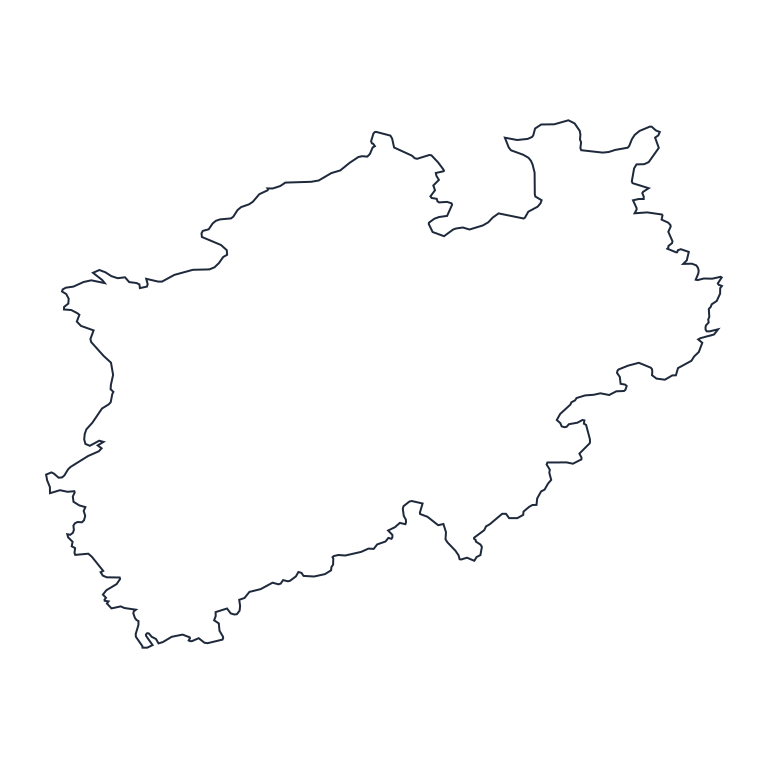 an SVG outline of Nordrhein-Westfalen
{"feature_id": "DEU-1572", "entity_name": "Nordrhein-Westfalen", "entity_type": "State", "adm_level": 1, "iso_a3": "DEU", "parent_name": "Germany", "parent_adm1": "", "projection": "natural_earth1", "projection_center": [7.941, 51.424], "detail": "fine", "context": "isolated", "style": "outline", "palette": "slate", "viewbox_px": 768, "rotation_deg": 0, "n_neighbors": 0, "source": "natural_earth", "source_scale": "10m", "svg_char_len": 6058}
<svg xmlns="http://www.w3.org/2000/svg" viewBox="0 0 768 768"><path d="M220.0,219.4L231.0,218.4L233.3,216.7L237.5,210.1L241.1,207.1L249.1,204.3L252.9,201.7L259.3,194.2L267.6,190.3L268.1,189.1L267.6,188.4L272.6,188.5L280.3,186.0L285.3,182.6L311.0,181.8L318.7,180.5L331.3,173.1L340.3,170.4L349.8,162.7L358.4,157.0L362.1,156.2L367.3,156.6L369.9,154.0L372.7,147.4L374.9,146.2L373.3,143.9L371.9,143.3L371.1,141.2L373.4,133.6L374.7,132.1L376.2,131.9L390.4,135.6L392.1,138.5L394.1,147.5L412.0,155.7L414.7,158.2L417.1,158.8L429.3,155.0L431.4,155.3L438.1,162.4L443.4,169.5L444.0,170.8L443.3,171.3L435.8,173.0L436.4,175.8L438.9,179.9L433.3,185.5L435.0,190.3L430.4,196.4L431.7,198.0L436.7,198.8L437.5,201.4L439.1,202.4L447.1,201.9L451.5,203.3L452.1,204.7L447.1,215.9L439.1,217.0L434.4,218.7L429.0,222.6L428.7,223.9L432.6,232.0L444.0,236.2L453.2,229.5L456.0,228.5L462.8,227.5L469.5,229.5L482.7,225.5L488.3,222.3L492.7,217.6L498.6,213.4L523.6,218.5L524.9,217.7L528.3,211.7L537.6,206.7L540.5,203.3L541.6,200.2L535.3,196.5L534.8,194.2L534.6,172.7L532.6,164.6L531.0,160.9L528.5,157.8L523.1,154.7L511.0,150.3L508.7,147.4L504.9,137.7L517.1,140.0L527.7,138.9L532.2,136.9L533.3,135.2L535.1,128.5L541.2,124.5L554.2,124.3L568.4,120.3L574.6,123.4L579.7,130.8L580.4,134.5L580.0,139.7L581.1,142.2L580.4,148.1L581.2,150.2L602.7,152.6L608.7,152.0L615.3,149.9L627.7,147.7L629.2,146.0L631.9,139.2L634.7,134.9L639.6,130.9L649.9,126.6L651.7,126.7L655.8,130.4L659.8,132.0L658.3,135.4L655.1,137.6L658.8,147.9L648.7,162.1L644.2,164.2L636.5,164.4L634.1,168.4L631.8,181.4L632.6,183.2L648.7,188.2L643.0,191.9L642.3,193.1L643.7,196.5L643.7,199.0L638.8,199.0L633.0,200.3L636.6,208.1L636.6,209.6L634.6,213.3L647.2,212.4L661.9,214.5L662.5,215.3L661.6,219.6L668.3,222.7L670.4,225.0L670.7,226.5L668.3,231.8L672.5,241.3L672.0,243.2L668.5,245.9L668.3,247.7L667.3,248.7L676.3,252.4L677.2,252.2L677.9,250.2L680.8,249.2L688.8,251.9L686.8,260.3L683.2,263.9L691.9,263.7L696.3,265.4L698.0,267.9L698.7,270.8L698.3,273.5L695.7,279.7L697.6,280.1L703.8,278.5L712.2,278.7L720.6,276.8L721.7,277.5L717.8,283.4L718.6,284.7L721.9,286.0L720.2,288.1L720.1,293.7L716.7,301.0L711.7,304.3L710.7,306.9L708.8,309.0L709.3,316.9L708.2,319.6L708.7,322.4L705.9,325.5L705.5,327.6L705.6,329.7L706.7,331.3L709.5,331.4L718.1,329.3L714.0,334.5L700.6,338.1L698.2,339.4L702.3,342.8L698.8,352.0L694.2,356.4L691.4,360.8L678.0,368.1L675.9,375.3L672.3,375.4L664.9,379.7L656.5,378.6L652.0,375.2L652.3,371.3L651.9,369.0L650.8,367.7L638.9,362.8L628.2,365.6L618.5,369.5L617.5,370.7L617.0,372.9L619.8,376.9L620.6,383.8L625.1,384.6L626.7,386.0L625.4,389.8L624.0,391.0L616.3,391.3L609.2,395.0L600.4,393.3L593.6,394.8L585.2,395.4L576.6,398.0L575.0,400.4L571.4,402.3L570.4,404.6L560.2,413.9L556.8,420.0L560.3,423.1L561.7,426.4L564.6,427.2L566.6,426.8L568.9,424.2L577.4,422.7L582.4,420.0L584.4,420.4L583.9,423.7L586.1,424.9L589.9,439.2L590.0,442.2L589.6,443.4L579.4,453.6L581.5,457.6L581.4,459.4L572.9,463.7L566.6,462.4L547.4,462.5L546.6,464.5L549.8,469.7L549.3,472.8L551.2,479.9L548.0,483.6L544.6,489.6L541.1,491.4L537.2,498.4L536.5,504.9L532.4,505.0L529.2,506.8L523.5,511.6L523.2,514.9L517.4,518.1L509.1,518.1L506.0,513.8L502.2,513.8L489.7,524.3L486.0,526.4L484.2,530.2L474.1,537.7L474.1,538.8L475.7,540.0L475.9,541.6L480.5,544.6L481.9,546.9L480.4,555.1L476.6,557.0L474.3,560.8L467.0,557.7L461.1,559.5L459.6,559.2L458.5,555.2L455.4,550.7L447.4,542.3L445.5,539.3L446.0,532.2L443.4,524.0L438.2,525.2L427.5,516.8L420.1,514.0L419.9,512.5L422.6,503.5L411.7,501.0L409.3,501.6L403.5,506.2L402.8,508.9L403.8,516.0L405.9,519.7L406.0,522.4L405.4,524.2L399.8,522.9L395.1,527.1L388.1,530.5L392.4,534.9L392.4,537.3L391.5,538.8L388.4,537.9L385.5,541.5L377.2,544.4L373.7,548.9L368.5,548.6L361.1,551.9L345.3,555.5L338.3,555.0L333.7,556.1L332.5,557.2L333.3,558.5L333.1,564.6L331.4,567.2L331.1,570.3L325.0,574.1L314.1,576.5L303.5,575.9L301.5,572.9L298.4,572.0L295.9,576.4L290.0,580.8L287.9,581.3L283.1,580.1L280.7,583.6L278.5,584.3L272.5,582.7L260.7,589.1L249.4,591.9L244.5,598.0L239.2,599.8L240.1,605.9L239.6,610.7L236.9,614.2L234.3,614.5L230.7,613.4L227.0,608.5L215.6,612.1L215.7,616.1L214.1,620.3L218.8,623.4L219.5,630.8L222.9,636.5L223.2,638.0L222.5,639.6L207.5,643.2L204.4,642.7L198.7,638.2L192.0,641.1L190.0,641.1L188.7,640.5L190.0,638.2L189.6,637.3L182.6,634.6L171.7,636.8L162.8,642.1L158.5,643.4L156.0,639.0L151.7,636.8L148.8,633.4L147.2,633.2L145.9,634.6L146.1,635.9L152.6,645.1L147.2,647.7L142.5,647.7L142.4,646.2L135.9,636.8L135.7,634.0L138.4,625.1L138.5,621.1L136.5,620.0L134.9,617.9L133.3,613.3L133.8,611.3L135.9,609.7L124.4,608.0L120.7,606.4L111.5,608.4L106.9,603.5L108.5,601.4L104.7,600.8L104.5,599.7L106.0,597.8L102.9,594.6L106.4,590.2L116.6,584.1L120.1,579.0L119.7,577.5L106.7,577.3L102.8,575.6L100.6,572.2L103.2,570.9L91.8,556.7L88.3,553.7L75.2,554.9L74.5,552.9L75.1,548.1L71.7,546.3L72.6,541.8L68.1,537.3L67.3,534.2L70.2,534.8L72.9,532.8L73.9,529.9L73.4,525.6L75.0,523.2L77.6,522.0L81.9,522.3L84.0,520.3L85.2,515.9L83.7,510.9L85.4,507.1L79.3,505.4L73.5,501.8L72.8,496.5L74.7,492.4L74.3,491.2L67.6,491.8L60.0,490.2L50.0,493.2L49.9,487.1L47.1,480.2L46.1,474.6L51.4,472.4L53.9,473.6L58.6,477.7L62.1,477.4L64.4,475.4L68.1,469.3L70.6,466.9L88.1,456.0L98.8,451.3L101.6,448.3L97.7,445.4L103.5,441.9L99.2,440.7L89.8,445.8L85.4,443.9L84.2,439.4L84.7,434.1L86.4,429.3L92.3,422.8L102.0,408.5L108.8,404.3L110.7,402.2L112.3,394.0L113.4,391.9L110.6,389.2L110.9,384.8L113.1,374.9L111.0,362.7L103.5,355.8L91.2,342.1L90.4,339.1L93.6,330.4L81.0,325.9L76.8,321.6L79.4,314.8L77.5,313.3L71.2,310.0L64.0,309.5L64.1,306.9L68.3,303.6L68.7,298.8L66.3,294.1L62.0,291.5L62.7,289.4L65.8,287.7L73.4,286.6L83.6,282.0L91.3,280.3L104.7,283.1L102.2,280.0L93.0,272.8L99.4,270.0L105.4,272.3L111.3,276.1L117.6,278.2L125.0,277.3L129.2,282.1L136.4,283.0L139.4,284.4L139.9,288.1L146.9,286.6L147.7,284.2L146.2,278.8L158.2,281.6L162.0,281.6L174.3,274.9L192.9,269.8L209.4,269.4L214.5,267.3L218.9,263.1L223.2,257.0L227.1,254.8L226.8,250.2L221.0,245.0L201.9,237.0L201.5,233.4L202.8,230.9L208.7,229.3L212.7,223.4L215.9,220.8L220.0,219.4Z" fill="none" stroke="#1e293b" stroke-width="2"/></svg>